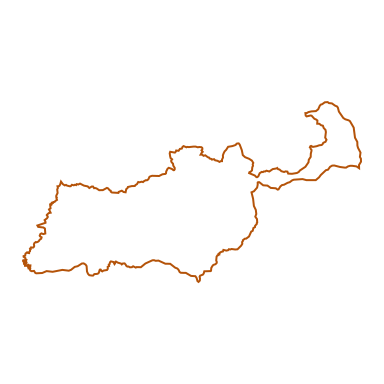 Condoto, Chocó, Colombia
{"feature_id": "7082276B80062952170187", "entity_name": "Condoto", "entity_type": "district", "adm_level": 2, "iso_a3": "COL", "parent_name": "Colombia", "parent_adm1": "Chocó", "projection": "mercator", "projection_center": [-76.519, 5.096], "detail": "fine", "context": "isolated", "style": "outline", "palette": "amber", "viewbox_px": 384, "rotation_deg": 0, "n_neighbors": 0, "source": "geoboundaries", "source_scale": "gbopen_adm2", "svg_char_len": 5980}
<svg xmlns="http://www.w3.org/2000/svg" viewBox="0 0 384 384"><path d="M241.2,245.6L242.3,243.8L242.1,242.1L242.9,241.0L242.9,240.2L244.8,238.7L246.2,238.6L249.0,236.5L251.2,231.6L252.7,230.8L253.4,228.0L255.0,227.1L255.1,225.8L256.8,223.9L256.8,222.9L257.2,222.5L257.0,219.1L255.3,216.7L256.3,214.0L255.8,209.9L253.9,206.0L253.1,198.8L251.5,192.3L253.9,191.3L257.1,187.6L257.7,184.7L257.7,182.5L258.1,182.2L259.3,182.2L263.2,185.3L267.5,185.6L270.7,187.9L275.8,188.3L277.6,189.6L278.5,189.4L280.4,186.4L282.0,185.1L284.1,184.7L287.6,182.8L289.7,182.2L292.2,180.3L293.8,179.7L302.6,179.1L306.3,180.1L315.8,180.1L319.1,177.3L320.7,175.1L325.9,170.2L328.0,169.7L330.1,166.8L332.2,165.6L334.3,165.5L340.1,167.0L344.7,167.6L346.1,167.6L348.0,166.4L350.1,165.8L352.2,165.8L356.5,166.4L359.1,168.2L359.0,165.0L361.0,161.7L360.9,158.7L359.9,156.9L360.5,152.6L358.0,147.8L357.4,145.6L357.3,141.9L355.0,137.7L353.7,127.6L349.9,121.1L348.6,120.3L345.3,119.3L343.3,118.0L338.9,111.6L337.9,107.7L337.1,106.5L335.0,105.6L331.9,103.4L328.9,103.1L327.7,102.1L324.8,102.3L322.2,104.2L320.8,104.6L319.8,105.7L318.2,109.3L315.9,111.1L311.4,111.4L308.4,112.1L306.9,113.0L305.4,113.1L305.7,115.6L306.6,116.4L310.6,115.5L311.6,115.7L314.4,118.8L316.1,119.5L317.4,120.5L317.2,123.7L319.4,123.8L321.0,125.2L322.9,125.7L323.7,128.0L325.5,129.9L325.9,132.1L325.2,137.6L326.5,139.8L325.5,141.8L323.3,142.8L322.5,144.3L321.6,145.0L319.2,145.3L316.7,146.2L312.9,146.9L311.1,145.9L310.4,146.2L309.9,147.3L310.5,147.7L310.6,148.8L311.5,149.9L311.5,150.8L310.8,153.7L310.7,156.9L308.8,159.7L308.5,162.3L305.4,166.8L299.9,170.5L298.7,172.0L296.9,173.0L292.0,173.8L288.2,173.6L287.4,171.6L285.5,171.4L284.1,172.0L281.4,171.2L279.5,169.5L278.1,169.2L277.2,168.0L276.7,168.4L272.7,169.1L269.3,171.5L266.4,170.7L265.1,171.5L264.0,171.4L262.9,172.1L261.7,171.9L259.7,173.2L258.3,176.3L257.3,177.1L256.4,177.1L254.8,175.5L249.1,173.1L249.4,172.2L250.8,171.6L252.0,170.4L252.3,167.2L253.0,165.8L252.7,164.3L253.3,162.9L251.9,160.6L249.1,158.8L245.1,157.2L242.8,155.1L241.8,150.1L239.7,144.6L238.7,143.4L238.0,143.4L236.6,143.7L235.7,144.9L235.0,145.2L232.3,146.1L228.1,146.8L226.2,149.8L224.6,151.4L223.6,153.4L222.9,155.3L223.0,157.5L222.0,159.6L222.0,161.1L220.9,161.1L219.5,161.9L217.5,160.8L215.1,160.3L214.1,159.2L211.9,159.6L211.5,159.0L209.6,158.5L209.1,157.6L207.8,157.2L205.3,155.3L203.5,155.8L202.3,154.7L200.6,154.7L201.9,152.4L202.7,151.8L201.5,150.3L202.3,149.4L202.4,148.7L202.2,147.8L201.4,147.2L199.1,147.0L197.9,147.3L195.6,146.6L193.6,146.6L188.9,147.1L187.1,146.9L186.4,147.3L183.6,146.1L182.6,146.8L181.8,148.6L179.9,148.9L178.6,150.8L176.2,150.5L175.9,151.5L174.9,152.6L170.2,151.8L169.7,153.3L170.2,156.6L170.6,158.1L172.1,159.3L171.2,160.6L171.2,161.3L171.6,162.2L173.0,163.7L173.3,165.7L174.7,167.9L174.7,169.3L174.2,170.1L173.5,170.2L171.8,168.9L168.8,167.8L167.6,168.7L166.2,171.5L166.0,173.3L165.4,173.9L162.4,174.3L159.1,176.0L152.1,175.8L150.5,176.3L149.5,176.8L148.3,179.4L146.9,180.3L145.8,180.2L144.1,181.1L143.0,182.1L141.8,181.7L139.4,182.3L138.2,182.0L137.0,184.1L135.4,185.1L134.8,186.0L131.7,186.1L127.9,187.0L127.5,188.1L126.2,189.2L125.6,192.3L123.6,192.0L121.8,190.7L118.7,191.9L118.4,192.9L111.9,192.5L110.8,191.7L110.7,190.7L109.6,190.2L108.1,188.4L106.9,187.9L102.9,190.1L99.2,190.2L96.5,188.4L94.9,188.0L94.1,188.2L93.0,186.5L91.8,186.5L89.3,188.0L87.7,186.4L83.9,185.6L80.0,183.6L78.3,184.5L76.8,184.1L76.1,185.1L75.0,184.7L73.8,185.3L71.9,184.8L70.7,186.2L69.8,186.3L67.0,185.6L66.0,184.9L64.8,185.4L62.9,184.2L61.0,181.6L60.2,184.4L59.5,185.7L58.8,186.2L57.5,186.3L57.9,188.0L57.2,189.4L57.6,193.0L56.3,195.6L56.2,197.0L56.8,197.5L56.5,198.5L57.0,199.9L55.2,201.1L54.6,201.9L53.6,202.0L53.2,202.7L52.7,202.4L51.8,202.7L52.0,203.5L51.5,204.6L50.5,204.1L50.1,204.3L50.5,208.4L49.0,209.4L50.6,212.7L48.7,213.1L46.8,214.9L46.8,215.4L47.7,216.3L47.8,217.0L47.0,218.3L44.6,220.1L45.5,221.9L45.5,222.8L37.4,225.5L38.2,226.9L43.4,227.5L44.9,228.5L45.3,233.5L43.3,234.1L41.5,233.4L40.4,234.0L39.7,235.7L40.1,236.4L41.6,237.3L41.2,238.7L39.7,239.7L38.9,241.0L37.9,241.8L36.6,242.3L35.8,242.0L34.4,243.1L33.9,244.3L34.2,246.0L33.8,247.0L33.0,247.6L31.1,247.4L30.9,248.1L30.1,248.5L30.6,249.4L30.0,250.0L30.0,251.2L29.2,251.9L29.1,253.1L28.0,253.0L27.1,252.3L25.5,253.6L25.2,255.6L23.6,256.1L23.6,256.8L25.4,258.1L25.6,259.5L26.4,259.9L25.8,260.8L26.2,261.7L25.2,261.6L23.9,260.2L23.2,260.3L23.0,260.9L23.3,261.5L26.2,263.3L25.8,264.0L24.5,263.4L24.0,263.5L24.1,264.1L25.0,264.7L25.0,265.8L26.9,265.8L28.1,264.7L29.1,265.4L30.4,265.4L30.3,266.5L28.1,267.1L28.5,268.3L29.9,267.6L30.3,268.3L29.9,269.7L30.5,270.7L31.8,271.2L34.0,270.9L35.3,272.9L36.2,273.3L42.2,273.0L46.6,271.1L52.6,271.8L62.4,269.9L68.8,270.7L71.1,269.8L74.7,266.9L77.7,266.2L81.9,263.5L83.7,263.4L85.6,264.6L86.6,266.1L87.0,271.5L88.0,273.8L89.3,275.2L92.2,275.6L93.2,275.5L94.3,274.1L97.1,273.9L98.3,273.4L98.9,272.6L99.6,270.0L100.1,269.5L100.7,269.6L101.5,271.0L102.3,271.4L103.4,270.6L107.0,270.0L107.8,268.8L107.7,266.8L109.1,266.1L108.8,264.6L109.5,264.3L110.0,262.3L110.9,261.4L113.4,262.0L114.5,264.1L115.1,263.3L115.1,262.1L115.9,261.5L117.7,262.6L121.1,263.6L121.8,264.4L122.8,263.5L124.6,263.4L125.8,264.8L126.1,265.6L127.3,266.6L128.5,266.5L129.9,267.3L131.9,267.2L133.1,266.3L135.8,267.6L136.6,267.1L140.9,267.2L145.4,263.5L152.4,260.3L154.0,260.2L155.7,260.8L158.5,260.6L165.3,263.7L170.2,263.8L175.2,267.7L177.3,268.5L178.4,269.6L179.7,272.1L180.9,272.8L185.9,272.9L191.0,275.9L195.4,276.2L196.6,278.0L197.5,281.1L198.5,281.9L199.8,280.6L200.0,278.4L199.6,276.7L200.1,275.7L202.9,274.6L203.7,273.5L204.3,271.3L210.6,271.1L211.0,270.8L211.3,267.9L212.5,265.9L213.4,264.9L215.5,264.2L216.7,262.9L216.8,262.0L216.2,260.5L216.6,256.6L217.5,255.3L218.3,255.2L218.4,254.2L219.1,254.3L219.0,253.8L219.6,253.6L219.6,252.8L221.4,251.8L222.9,251.5L223.4,249.9L226.4,250.6L228.1,250.2L228.9,249.2L230.1,249.5L231.6,249.0L235.2,249.5L237.5,249.3L241.2,245.6Z" fill="none" stroke="#b45309" stroke-width="2"/></svg>